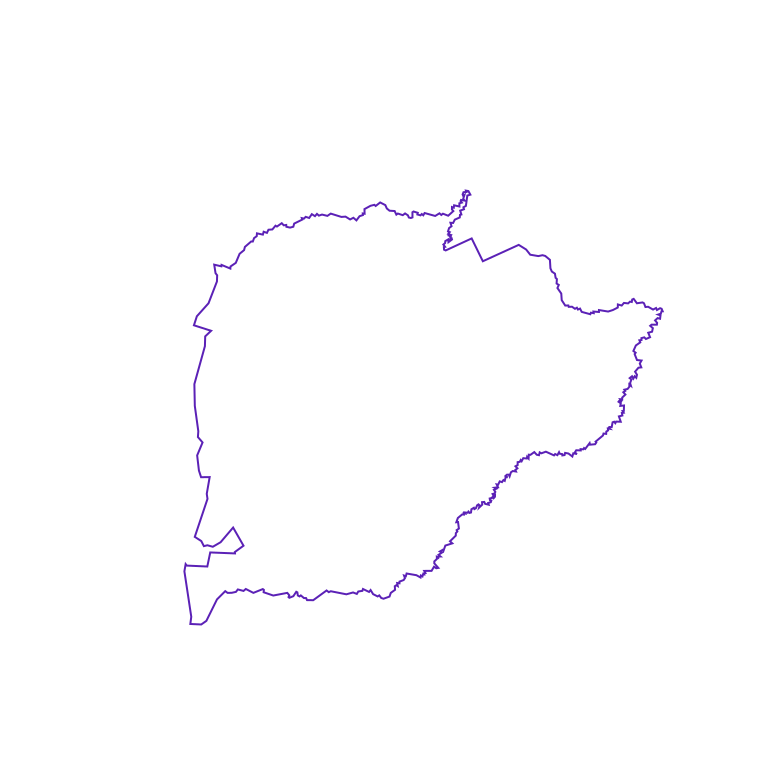 Feliciano, Entre Ríos, Argentina (Robinson projection), rotated 153°
{"feature_id": "61730980B62856380670076", "entity_name": "Feliciano", "entity_type": "district", "adm_level": 2, "iso_a3": "ARG", "parent_name": "Argentina", "parent_adm1": "Entre Ríos", "projection": "robinson", "projection_center": [-58.86, -30.431], "detail": "fine", "context": "isolated", "style": "outline", "palette": "violet", "viewbox_px": 768, "rotation_deg": 153, "n_neighbors": 0, "source": "geoboundaries", "source_scale": "gbopen_adm2", "svg_char_len": 6166}
<svg xmlns="http://www.w3.org/2000/svg" viewBox="0 0 768 768"><g transform="rotate(153 384 384)"><path d="M481.1,567.4L483.8,559.2L483.3,556.6L486.3,551.2L503.7,535.6L520.0,529.3L526.7,522.6L513.9,509.9L521.7,507.6L526.4,499.0L553.0,470.0L562.5,450.4L570.9,426.2L573.9,421.2L572.2,414.3L582.9,405.2L588.2,390.9L589.3,384.0L581.6,380.2L591.8,366.6L593.4,361.8L622.0,333.7L618.1,327.0L618.1,321.3L614.6,320.5L610.4,316.7L601.4,317.2L583.6,324.6L582.6,303.7L593.2,302.0L593.7,300.7L615.3,312.8L624.3,301.6L642.1,311.7L642.5,313.6L646.9,307.7L661.4,264.1L665.5,258.1L656.0,252.7L649.8,253.6L630.6,267.9L619.5,271.5L618.2,268.9L614.5,267.1L610.3,266.0L607.5,267.3L603.1,263.4L600.2,264.1L595.2,257.2L585.1,256.3L584.5,255.1L585.8,253.1L578.7,245.8L565.0,241.8L564.3,238.7L565.8,237.5L565.4,236.5L561.1,236.1L556.5,238.7L555.8,237.7L556.8,234.7L555.7,233.1L554.1,233.4L552.5,229.6L550.6,228.6L550.7,226.4L545.2,223.5L528.9,226.1L527.7,223.6L525.5,223.5L513.0,213.7L506.2,212.3L503.5,209.3L501.1,210.8L497.2,209.5L495.8,210.9L491.7,205.5L489.5,206.5L489.1,201.7L486.1,197.6L484.2,197.8L483.6,194.6L481.9,192.9L475.6,192.1L472.8,194.8L467.6,195.6L466.2,198.9L464.4,199.1L463.5,197.7L462.6,200.7L460.7,199.4L459.9,200.9L455.5,200.4L453.5,201.5L453.1,204.2L451.8,202.8L449.9,204.9L441.9,198.9L439.3,195.0L438.1,196.6L437.1,195.1L435.9,196.5L434.7,196.0L434.7,197.2L432.9,196.7L433.0,199.2L426.5,195.9L422.4,198.5L421.1,196.1L419.1,195.5L420.6,201.4L419.7,203.1L416.3,204.1L415.4,206.0L414.5,204.5L413.7,205.5L412.0,204.7L413.0,207.0L408.8,207.5L410.2,209.4L407.0,209.6L406.8,208.3L402.7,212.2L395.5,211.0L396.6,213.9L388.9,216.3L387.7,218.5L385.6,219.3L385.6,220.8L382.9,221.2L380.7,227.4L382.3,228.0L379.0,231.1L373.5,232.3L372.1,231.4L371.6,232.7L370.4,231.7L370.4,232.9L367.9,231.3L366.7,232.0L366.3,230.3L364.8,230.0L363.0,232.7L360.1,232.9L360.2,231.5L358.5,231.6L356.2,233.6L354.9,233.1L354.8,234.6L353.8,232.3L355.3,230.7L351.2,231.9L350.3,234.2L348.2,233.4L348.3,231.3L345.5,228.9L345.2,230.7L342.5,230.2L341.3,231.4L342.3,232.3L341.8,234.0L339.1,233.4L339.2,234.7L338.3,232.4L336.3,233.2L335.6,234.5L337.2,234.6L337.2,236.7L335.0,236.3L333.8,237.3L334.1,239.8L331.5,239.7L332.6,241.4L329.3,240.2L329.2,243.4L328.0,242.5L325.1,244.7L323.4,243.0L321.2,244.2L320.4,242.9L317.7,246.0L316.2,244.6L317.5,246.9L315.6,247.4L313.9,246.5L314.0,244.7L311.0,247.7L308.8,248.0L306.1,246.1L306.0,247.8L303.4,248.3L304.2,251.0L301.7,251.1L300.4,253.7L298.4,253.0L296.7,254.2L296.4,252.7L293.6,254.7L290.6,252.8L289.5,254.2L289.0,252.0L287.1,255.3L285.7,254.4L281.0,255.1L280.0,251.6L278.2,250.2L276.3,252.4L275.2,250.8L270.5,250.2L264.9,243.2L263.3,243.9L261.8,241.9L259.0,243.8L259.1,242.1L257.0,240.6L257.5,239.4L255.4,238.7L253.9,240.4L251.2,238.3L249.1,233.9L246.8,236.3L243.9,234.0L245.0,236.4L242.8,237.7L238.9,235.5L238.4,236.7L236.0,235.3L234.8,236.1L234.2,234.8L227.6,238.0L228.0,236.4L223.2,234.5L221.4,235.5L221.6,236.6L212.3,238.7L210.9,240.2L208.7,238.7L207.5,240.7L205.4,240.9L204.8,242.7L203.1,241.5L203.7,243.0L202.8,243.4L200.7,242.2L197.7,246.1L196.0,245.9L195.7,244.1L194.2,245.1L190.2,242.9L189.4,248.5L185.9,247.7L185.2,250.2L183.5,249.6L183.7,251.6L182.5,251.2L179.9,255.9L183.4,257.2L181.8,259.3L183.1,261.7L181.6,262.4L180.8,260.7L179.7,261.4L180.2,263.1L178.7,262.2L177.9,263.8L173.7,265.0L174.5,268.0L172.2,268.3L172.4,269.8L169.2,269.0L166.6,270.2L165.6,272.2L164.8,270.4L164.3,273.1L161.5,275.7L162.4,277.7L159.5,278.3L159.4,275.6L157.1,277.1L156.4,275.0L154.4,277.4L154.7,281.0L149.9,283.0L147.2,282.0L146.8,286.1L143.9,288.0L147.7,290.5L147.1,296.9L145.6,297.6L146.8,300.2L142.1,304.0L136.7,304.8L136.6,307.0L134.6,306.3L133.8,308.0L130.9,307.4L130.2,305.2L125.7,304.9L125.3,309.7L121.4,308.9L119.1,311.7L120.4,315.0L118.7,315.4L113.9,313.0L112.9,314.5L113.6,317.6L110.3,318.5L108.4,316.8L106.5,319.6L108.2,321.4L105.4,321.0L103.7,322.8L102.7,322.3L102.5,325.0L103.6,326.2L107.2,326.0L107.1,328.2L110.5,328.2L113.6,332.9L116.1,333.9L115.7,337.9L116.6,339.3L122.0,341.1L122.9,346.5L124.5,346.6L126.0,344.6L127.4,345.7L129.9,345.0L133.4,347.3L136.6,346.0L139.5,348.7L141.0,346.0L146.5,346.0L151.4,346.8L158.9,352.3L159.8,350.6L164.5,353.5L165.0,351.9L167.3,353.6L168.5,352.5L175.1,358.5L175.1,362.2L177.4,362.3L177.5,364.4L179.7,364.3L181.4,367.5L184.4,368.9L184.1,370.3L186.9,371.6L187.6,378.0L185.0,384.1L185.9,390.8L183.3,392.9L184.6,395.2L182.3,399.0L182.9,400.7L181.6,404.7L183.4,408.0L183.2,411.5L179.8,419.3L182.2,424.9L184.3,426.8L188.4,427.9L195.0,432.8L196.3,439.3L200.8,446.8L240.2,448.5L239.8,473.9L268.4,475.0L269.5,476.4L268.5,478.8L267.3,478.5L267.8,481.3L265.6,481.8L264.5,483.5L261.1,483.7L262.2,481.1L257.8,481.9L257.6,483.1L258.9,483.3L257.9,484.7L259.0,484.7L257.5,485.4L258.6,486.6L257.0,486.7L258.7,488.5L256.5,489.5L257.7,490.9L255.2,493.4L252.2,493.9L251.6,497.5L249.3,496.1L246.3,498.3L240.9,498.0L239.5,500.2L238.1,499.9L237.4,503.9L233.4,503.4L233.0,505.4L230.2,505.5L224.2,514.1L221.1,513.5L221.2,517.6L223.2,519.1L223.4,517.7L226.1,518.8L227.9,517.2L228.0,515.8L226.5,515.9L229.3,513.1L228.9,510.8L231.8,513.0L232.7,512.2L232.3,510.3L234.8,510.8L236.2,507.9L240.4,511.4L241.8,509.4L243.1,510.8L244.2,508.7L243.7,506.6L250.4,504.8L254.2,509.0L256.2,508.6L257.1,510.9L262.1,510.5L270.2,517.9L272.4,516.5L273.2,518.3L274.9,517.7L277.3,519.9L276.2,521.2L279.4,524.3L280.7,524.1L283.0,519.5L284.7,519.7L286.3,521.1L286.1,523.4L287.8,526.4L290.6,525.9L294.3,529.6L296.1,529.3L296.0,533.3L300.4,535.9L301.8,539.1L301.6,542.8L305.0,547.5L310.6,546.4L311.2,548.0L315.1,548.9L322.0,548.7L324.0,544.5L325.5,545.6L326.1,544.1L329.6,544.6L334.3,542.3L335.8,546.0L339.5,546.0L342.3,550.6L346.1,552.2L354.1,560.0L358.1,559.5L362.3,563.1L365.6,563.6L366.5,566.0L369.3,564.9L371.2,568.1L375.3,565.9L377.9,568.5L380.2,567.7L381.9,569.1L382.1,567.6L391.2,567.7L393.4,565.3L396.7,566.0L399.6,568.4L398.9,570.1L401.3,570.9L402.1,573.7L407.9,572.9L408.8,574.3L413.3,572.4L416.9,573.9L419.7,571.8L422.1,574.3L424.1,572.1L428.8,575.9L430.3,573.5L433.5,573.0L436.2,570.5L437.6,571.3L445.7,569.3L447.9,566.8L453.5,565.6L461.1,559.2L467.4,558.4L468.5,556.6L474.7,563.9L475.5,562.7L481.1,567.4Z" fill="none" stroke="#5b21b6" stroke-width="2"/></g></svg>